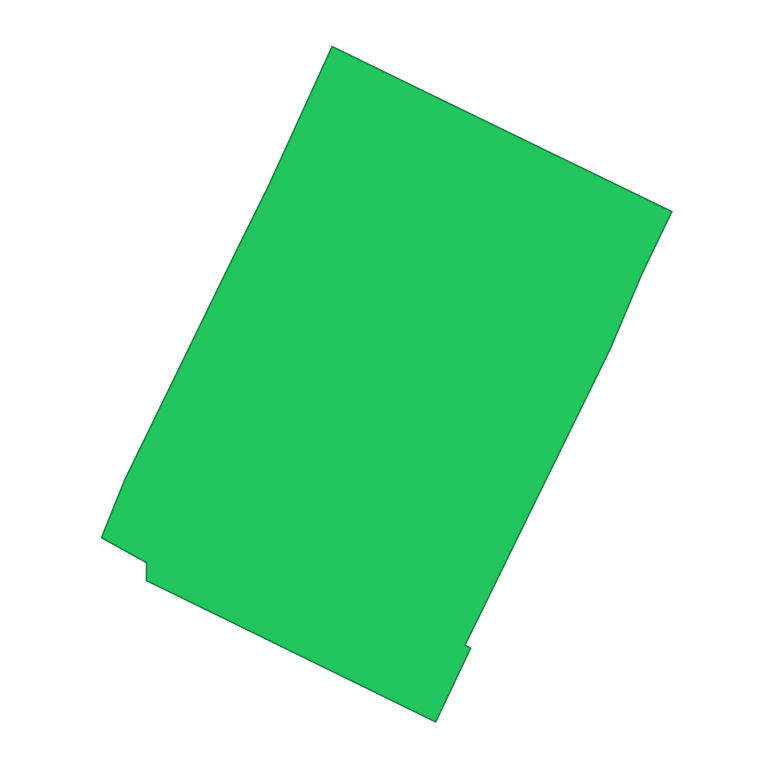 Todd, Minnesota, United States of America, rotated 206°
{"feature_id": "52423323B13175905276165", "entity_name": "Todd", "entity_type": "district", "adm_level": 2, "iso_a3": "USA", "parent_name": "United States of America", "parent_adm1": "Minnesota", "projection": "robinson", "projection_center": [-94.915, 46.071], "detail": "fine", "context": "isolated", "style": "filled", "palette": "green", "viewbox_px": 768, "rotation_deg": 206, "n_neighbors": 0, "source": "geoboundaries", "source_scale": "gbopen_adm2", "svg_char_len": 363}
<svg xmlns="http://www.w3.org/2000/svg" viewBox="0 0 768 768"><g transform="rotate(206 384 384)"><path d="M189.4,102.9L190.3,184.6L196.7,184.6L196.5,350.4L196.0,514.6L200.5,596.5L200.8,665.1L484.9,664.6L578.6,664.6L574.7,514.6L575.1,431.9L575.0,184.5L570.6,122.0L519.1,119.3L511.4,103.2L189.4,102.9Z" fill="#22c55e" stroke="#15803d" stroke-width="1.5"/></g></svg>